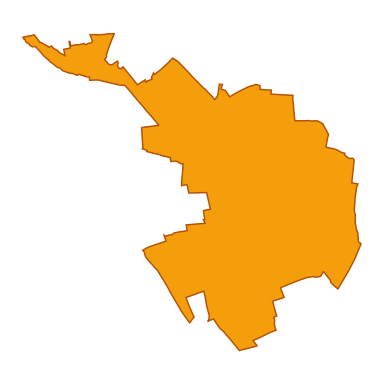 Bals, Iasi, Romania (Mercator projection)
{"feature_id": "2599482B11292299887477", "entity_name": "Bals", "entity_type": "district", "adm_level": 2, "iso_a3": "ROU", "parent_name": "Romania", "parent_adm1": "Iasi", "projection": "mercator", "projection_center": [26.966, 47.282], "detail": "fine", "context": "isolated", "style": "filled", "palette": "amber", "viewbox_px": 384, "rotation_deg": 0, "n_neighbors": 0, "source": "geoboundaries", "source_scale": "gbopen_adm2", "svg_char_len": 5724}
<svg xmlns="http://www.w3.org/2000/svg" viewBox="0 0 384 384"><path d="M239.4,350.5L248.4,348.2L253.8,346.8L255.3,346.4L256.3,346.1L257.0,345.9L256.5,345.0L253.0,340.5L254.1,340.1L257.0,338.8L260.0,337.5L267.7,333.6L269.0,333.1L271.1,332.1L276.0,330.2L274.6,325.9L274.4,322.7L274.6,320.6L274.3,318.8L273.8,317.1L276.7,316.1L272.5,301.2L284.1,297.4L281.8,291.4L280.6,287.7L297.8,280.7L307.9,277.3L310.8,277.0L312.3,276.7L314.4,276.8L315.9,277.3L320.4,276.4L322.1,274.1L322.9,272.0L323.8,271.8L325.0,273.4L329.0,278.6L330.1,279.9L330.9,282.4L332.1,283.9L336.4,287.7L338.0,288.8L348.6,270.8L354.5,259.6L360.4,245.4L361.0,244.1L360.7,243.9L360.6,243.4L360.1,242.9L359.6,243.0L359.0,242.4L358.5,241.8L358.4,240.4L358.3,240.1L358.3,239.8L358.3,239.6L358.3,239.4L358.2,239.2L358.3,238.5L358.4,238.3L358.4,238.1L358.3,237.9L358.2,237.5L358.1,237.2L358.0,236.4L357.9,236.0L357.8,235.6L358.0,235.0L358.0,233.8L357.9,233.4L357.8,233.2L357.5,232.5L357.5,232.3L357.4,232.0L357.2,231.7L357.1,231.2L356.7,230.2L356.7,229.8L356.4,228.9L356.1,227.8L356.1,227.5L356.1,227.1L356.0,226.6L355.9,226.4L355.9,226.0L355.3,223.4L355.1,223.1L355.1,222.8L355.4,222.3L355.4,220.7L355.2,219.5L355.3,217.6L355.2,215.1L354.8,212.9L354.3,209.7L354.5,208.1L355.1,198.1L356.5,187.7L357.9,183.9L351.8,182.9L352.4,176.7L353.4,167.6L353.7,164.3L354.1,160.0L353.2,158.5L352.8,158.3L352.1,158.2L349.2,158.5L345.4,155.7L344.6,154.7L344.8,153.2L342.7,152.8L340.5,152.0L338.4,150.6L335.9,149.4L331.8,148.3L329.6,148.1L328.8,147.9L326.4,147.2L326.0,147.0L327.4,138.7L328.4,135.0L328.5,134.4L322.6,123.6L317.4,120.9L314.0,120.8L311.4,121.1L310.2,120.8L308.9,120.6L304.0,120.8L302.7,120.8L295.0,120.8L294.7,119.5L294.6,117.8L294.4,117.0L294.4,115.8L294.4,115.4L294.2,114.3L293.7,109.1L293.4,103.8L293.1,102.6L292.7,98.8L293.0,95.3L284.8,94.9L271.0,94.1L271.3,90.1L263.7,89.7L260.0,89.3L260.0,85.9L258.6,85.0L255.5,84.6L252.7,85.5L250.1,86.2L248.7,86.7L241.3,90.2L232.3,95.2L229.7,96.8L225.3,90.4L221.2,89.4L221.9,85.8L222.4,84.5L219.4,84.2L218.2,92.5L217.9,94.4L217.6,95.5L217.0,96.8L216.2,97.8L214.7,99.6L212.8,97.3L211.4,95.7L209.9,94.1L208.6,92.9L208.0,92.3L206.3,90.3L204.9,89.0L204.4,88.6L203.7,88.2L203.4,88.0L203.2,87.7L193.9,78.3L186.5,70.3L178.9,62.5L177.3,61.0L176.3,60.3L175.6,60.1L175.3,59.7L174.2,59.3L172.8,58.0L167.1,63.8L160.3,70.0L154.6,74.4L153.5,72.9L151.4,77.8L152.0,79.0L147.7,81.2L147.3,80.8L145.8,82.1L145.5,81.5L145.2,81.0L145.0,80.5L145.0,79.9L137.5,84.8L126.2,70.8L123.1,66.9L120.8,68.7L120.3,68.6L119.5,68.3L119.0,68.0L118.4,67.5L117.9,66.7L117.7,66.1L117.6,65.3L117.8,64.2L118.1,63.2L118.0,62.5L117.7,61.6L117.3,61.1L112.3,64.6L111.2,64.8L110.1,64.6L108.8,64.2L108.2,63.9L107.5,62.8L106.9,61.9L106.2,61.4L105.0,59.9L104.6,59.2L105.9,57.9L106.6,56.5L106.4,54.7L108.1,49.5L111.6,40.0L112.2,38.4L113.0,37.0L114.2,34.0L114.1,33.7L113.3,33.5L112.9,33.7L112.0,33.8L110.5,33.8L109.6,33.9L108.5,33.8L107.5,33.9L106.5,34.1L104.6,34.4L99.9,34.7L97.5,34.8L96.5,34.8L96.0,34.5L93.9,34.7L93.1,34.6L90.1,34.6L90.9,36.9L92.5,41.3L92.1,41.8L91.6,42.3L90.8,42.9L90.3,43.1L89.9,43.2L89.2,43.1L88.1,43.5L87.5,43.8L86.3,44.7L85.9,44.7L85.1,44.3L84.2,43.6L80.7,44.3L79.3,44.7L78.5,44.8L77.5,44.6L76.6,44.8L75.8,44.7L74.3,45.2L73.1,45.3L70.8,46.0L70.4,44.0L70.1,42.3L69.8,41.4L69.0,41.5L70.3,47.9L68.3,48.5L64.7,49.1L63.7,49.4L64.2,51.6L64.4,52.5L64.7,54.3L64.8,55.0L64.9,55.6L63.0,54.5L61.1,53.6L59.6,52.7L58.0,50.9L53.4,48.3L52.5,47.2L51.8,46.1L50.9,46.3L49.7,46.9L48.5,46.9L47.5,46.1L43.3,43.8L41.4,42.7L40.6,42.4L40.0,42.4L34.2,34.8L31.4,35.6L29.2,35.9L23.0,37.3L23.7,37.9L23.9,38.4L23.7,38.8L23.9,39.1L24.5,39.6L25.3,40.0L25.6,40.6L25.7,41.5L26.0,42.1L26.6,42.6L28.7,43.6L29.1,44.0L29.7,45.1L30.4,45.6L32.5,46.9L33.5,46.7L34.4,46.6L35.5,46.7L38.3,49.7L39.9,51.3L43.7,55.8L45.5,57.5L48.1,59.7L51.1,62.5L53.9,64.5L56.1,66.4L58.0,67.6L59.5,67.7L60.2,68.2L62.5,70.6L65.3,71.7L70.0,73.3L70.5,73.3L72.5,73.5L73.6,73.8L76.2,74.9L76.2,75.0L77.0,75.3L78.4,74.7L78.6,74.2L84.3,76.1L86.7,76.8L88.7,77.1L89.4,77.1L89.6,80.3L92.8,80.1L95.3,80.0L97.3,80.0L98.5,80.1L107.1,82.2L120.0,85.2L124.2,85.4L124.3,85.4L124.7,85.3L125.4,85.8L126.2,86.8L129.9,91.1L131.9,93.4L133.4,95.4L137.4,100.1L142.9,106.4L145.1,109.2L146.8,111.2L148.9,113.5L152.6,117.8L154.4,120.0L157.7,123.8L158.5,124.8L158.7,125.4L158.5,125.5L157.2,125.5L152.2,126.2L144.8,127.1L141.7,127.6L142.0,134.8L142.3,138.8L142.5,142.1L142.7,144.1L142.8,145.3L142.8,147.2L142.3,148.8L143.8,149.2L147.0,150.4L146.8,151.5L152.9,153.2L159.9,154.7L161.1,155.4L163.0,155.9L163.4,156.2L165.1,156.4L167.3,156.9L169.5,157.5L170.5,157.7L170.5,160.3L170.6,160.5L171.0,161.6L175.7,161.0L177.9,161.9L178.1,162.3L179.3,162.9L181.1,163.8L182.3,164.0L183.1,163.9L182.7,170.0L181.7,181.4L181.6,185.7L187.0,184.5L188.1,189.5L188.8,193.0L206.6,192.6L209.5,205.2L210.4,209.3L203.5,210.5L204.7,219.5L203.8,219.6L203.3,219.8L204.0,220.8L204.5,222.2L204.9,222.5L205.1,223.3L186.2,224.9L187.2,230.6L185.8,230.8L184.9,231.1L179.1,231.9L174.1,232.9L173.2,234.2L168.5,235.2L166.6,236.0L165.4,236.0L164.1,235.2L166.0,241.2L153.2,245.4L147.7,247.4L142.7,250.3L143.5,251.2L143.8,251.5L144.1,251.9L144.4,252.4L145.1,255.4L145.7,256.9L146.5,258.1L148.0,260.0L153.9,266.5L154.6,267.6L157.3,270.1L160.8,275.9L163.7,280.5L166.7,285.6L171.2,293.8L181.6,311.5L183.1,313.7L185.4,317.0L189.7,322.8L194.1,317.0L192.3,313.3L188.7,304.9L186.0,297.5L203.8,291.2L204.3,293.4L204.7,294.8L205.9,300.8L206.2,302.9L206.7,306.1L207.5,309.0L208.0,311.0L208.9,314.2L209.2,315.5L209.2,316.3L209.1,318.3L208.9,319.2L208.6,319.9L208.3,320.6L207.8,321.3L207.6,321.7L208.9,320.8L213.7,318.9L214.7,320.8L219.3,327.6L220.2,328.8L220.8,329.3L222.1,330.2L222.9,331.0L224.0,332.1L225.7,334.1L230.1,339.2L239.4,350.5Z" fill="#f59e0b" stroke="#b45309" stroke-width="1.5"/></svg>